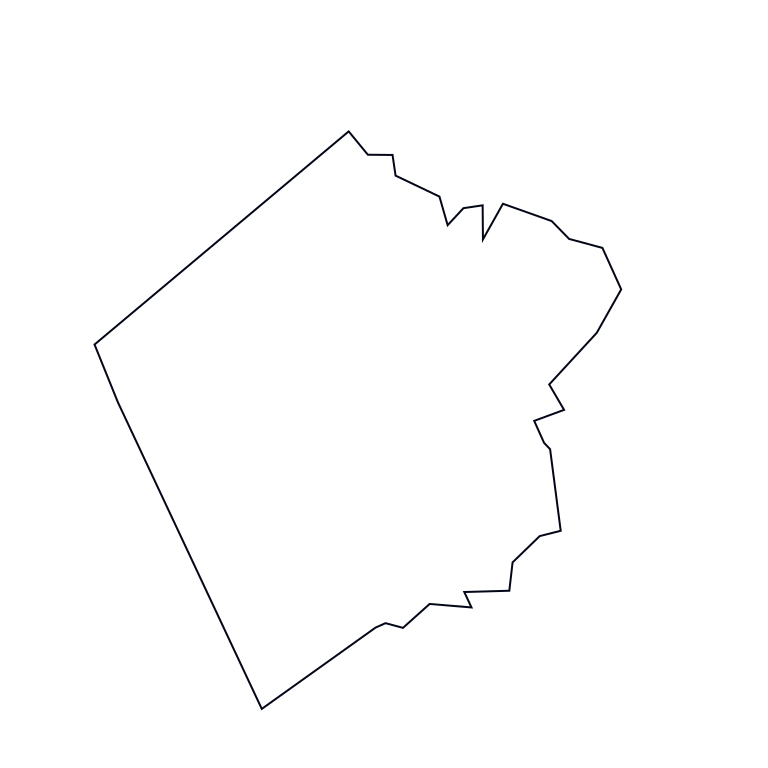 the district of Putnam, Georgia, United States of America, rotated 333°
{"feature_id": "52423323B84138230189423", "entity_name": "Putnam", "entity_type": "district", "adm_level": 2, "iso_a3": "USA", "parent_name": "United States of America", "parent_adm1": "Georgia", "projection": "albers", "projection_center": [-83.3, 33.326], "detail": "fine", "context": "isolated", "style": "outline", "palette": "ink", "viewbox_px": 768, "rotation_deg": 333, "n_neighbors": 0, "source": "geoboundaries", "source_scale": "gbopen_adm2", "svg_char_len": 574}
<svg xmlns="http://www.w3.org/2000/svg" viewBox="0 0 768 768"><g transform="rotate(333 384 384)"><path d="M144.0,217.4L138.6,279.4L127.6,618.0L265.9,597.2L276.8,597.8L290.2,609.9L324.8,600.7L360.5,622.8L361.1,605.8L401.8,625.1L417.6,601.3L453.7,590.2L474.8,595.0L502.4,517.5L499.9,509.1L501.1,485.0L532.7,488.8L531.0,459.4L596.8,435.0L638.3,407.4L640.4,361.9L614.8,338.8L607.4,315.0L571.8,277.4L537.8,300.1L553.0,269.6L534.6,263.4L512.8,271.4L518.5,242.2L488.9,203.6L495.6,183.8L473.7,172.4L467.2,142.9L144.0,217.4Z" fill="none" stroke="#020617" stroke-width="2"/></g></svg>